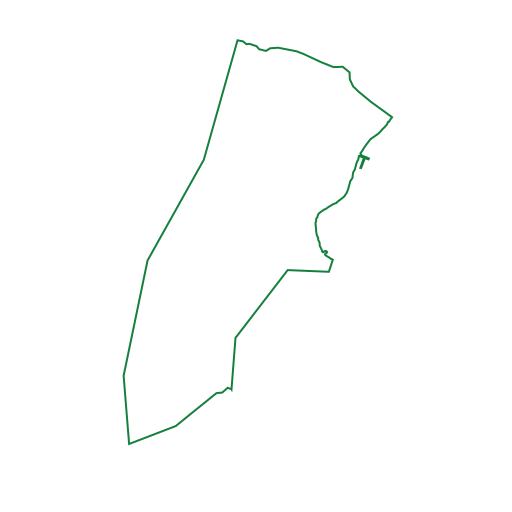 Jalousie, Soufrière, Saint Lucia, rotated 191°
{"feature_id": "8701671B83724356219791", "entity_name": "Jalousie", "entity_type": "district", "adm_level": 2, "iso_a3": "LCA", "parent_name": "Saint Lucia", "parent_adm1": "Soufrière", "projection": "albers", "projection_center": [-61.062, 13.829], "detail": "fine", "context": "isolated", "style": "outline", "palette": "green", "viewbox_px": 512, "rotation_deg": 191, "n_neighbors": 0, "source": "geoboundaries", "source_scale": "gbopen_adm2", "svg_char_len": 1938}
<svg xmlns="http://www.w3.org/2000/svg" viewBox="0 0 512 512"><g transform="rotate(191 256 256)"><path d="M302.3,73.8L290.5,87.9L268.7,113.8L267.1,114.3L263.1,115.5L259.8,119.7L258.7,121.2L258.1,121.1L254.8,120.6L254.6,120.4L260.5,171.7L245.7,201.3L222.2,248.2L181.5,254.4L180.7,260.4L179.9,267.0L181.5,267.5L181.8,267.4L182.4,267.8L183.5,268.3L185.3,269.0L186.8,269.5L188.0,270.1L188.4,270.4L188.5,271.0L188.1,271.6L187.4,272.4L187.0,273.0L186.9,273.3L187.5,273.9L187.9,274.2L188.5,274.2L189.8,273.7L190.2,273.4L190.3,272.6L191.1,272.5L191.7,272.8L192.4,274.1L193.5,275.8L194.3,276.7L194.7,277.4L195.2,277.9L195.3,278.2L195.6,279.0L195.7,279.5L195.9,280.5L196.4,281.5L196.7,282.2L197.3,282.7L197.9,283.5L198.3,284.6L198.4,285.6L199.3,286.7L200.2,288.0L200.9,289.6L201.3,290.8L201.8,292.0L202.2,294.2L203.1,296.8L203.4,298.1L203.8,299.1L203.9,300.4L203.6,301.5L203.9,303.2L204.0,304.0L203.2,305.9L203.1,307.6L202.5,309.7L200.1,312.4L197.9,314.7L196.8,315.2L194.1,318.0L190.5,321.3L188.8,322.5L188.0,322.9L187.4,323.2L186.4,324.8L183.5,328.0L182.0,329.6L180.8,331.2L179.0,335.4L178.3,339.3L177.7,347.6L176.2,351.0L176.5,354.5L176.6,356.5L175.7,359.3L175.4,359.8L175.4,362.0L175.2,363.0L175.2,364.2L175.0,366.9L174.5,368.9L174.0,369.8L174.0,373.8L170.0,373.3L168.8,373.0L170.4,362.4L169.6,362.4L167.8,372.9L164.1,372.3L163.8,373.3L166.3,373.9L172.6,375.0L172.2,375.7L173.1,376.7L171.6,379.9L170.8,382.3L168.9,386.6L167.1,390.2L165.8,392.7L163.9,394.6L159.2,399.5L157.6,401.9L155.8,405.0L154.4,406.9L152.3,410.5L152.3,412.1L151.8,413.0L151.1,413.1L150.7,414.2L150.3,415.4L148.9,418.2L172.5,429.2L186.5,436.8L193.0,441.0L197.6,447.3L199.2,454.1L207.0,458.3L216.0,456.2L229.6,458.8L248.0,463.4L255.4,464.7L273.9,464.7L281.7,462.6L285.4,459.2L292.4,459.6L295.6,462.1L303.0,463.0L305.9,462.1L309.6,464.2L311.6,464.2L315.3,464.2L325.6,340.5L361.6,230.9L363.1,113.2L344.7,47.3L302.3,73.8Z" fill="none" stroke="#15803d" stroke-width="2"/></g></svg>